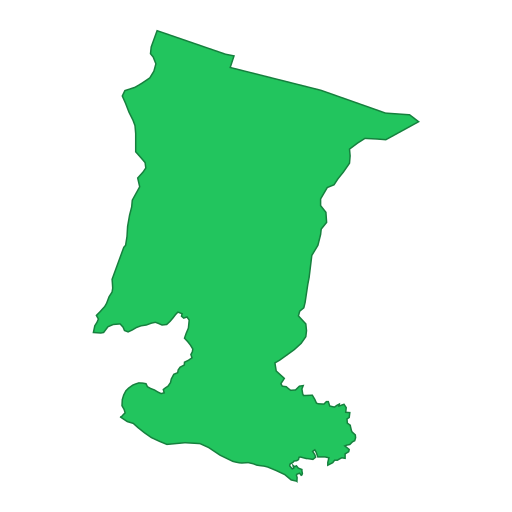 Jasin, Melaka, Malaysia
{"feature_id": "92858781B12493975333595", "entity_name": "Jasin", "entity_type": "district", "adm_level": 2, "iso_a3": "MYS", "parent_name": "Malaysia", "parent_adm1": "Melaka", "projection": "orthographic", "projection_center": [102.436, 2.295], "detail": "fine", "context": "isolated", "style": "filled", "palette": "green", "viewbox_px": 512, "rotation_deg": 0, "n_neighbors": 0, "source": "geoboundaries", "source_scale": "gbopen_adm2", "svg_char_len": 3423}
<svg xmlns="http://www.w3.org/2000/svg" viewBox="0 0 512 512"><path d="M157.1,30.7L151.2,47.0L150.5,53.7L153.2,57.0L155.9,63.8L153.9,71.2L149.8,77.9L141.8,83.3L135.0,87.3L124.9,90.6L122.3,96.0L125.6,103.4L129.0,112.2L133.0,120.2L135.0,125.6L135.7,133.7L135.7,144.4L135.7,151.8L141.1,157.9L145.1,162.6L145.8,168.0L143.1,172.0L137.7,178.0L139.7,186.8L132.3,200.2L131.7,206.9L129.6,215.0L127.6,226.4L127.0,236.5L125.6,245.3L123.8,247.3L112.1,279.3L112.4,283.2L112.7,288.1L112.1,292.0L109.1,296.7L106.6,303.3L104.7,306.6L102.2,309.3L100.0,311.8L96.4,315.4L98.4,319.0L97.0,322.3L94.8,325.8L93.4,332.5L100.8,333.0L103.6,332.5L108.0,326.7L113.2,324.5L116.5,324.2L120.1,323.9L123.1,327.2L124.5,330.5L128.1,331.9L132.2,330.0L136.4,327.5L141.0,325.8L146.3,325.0L151.5,323.1L155.4,322.3L158.4,323.4L162.0,325.0L166.7,324.5L170.2,321.2L173.0,317.9L175.5,314.6L177.9,312.1L182.1,313.7L181.5,316.2L183.7,318.1L187.0,317.0L189.2,320.1L188.4,328.1L186.2,333.3L184.5,338.2L187.6,341.5L190.3,344.9L192.8,349.0L192.3,352.0L190.9,354.5L192.0,357.8L188.4,360.3L184.5,362.2L184.3,365.0L180.1,367.2L178.2,369.9L177.7,372.7L173.8,374.3L171.3,379.0L170.5,382.6L168.0,386.2L165.5,387.8L163.3,389.5L164.2,392.8L161.1,393.6L157.6,391.9L154.5,390.0L150.4,388.4L147.4,386.7L146.0,383.7L142.7,383.1L138.8,382.9L135.5,384.0L132.8,385.1L128.6,388.1L125.9,390.8L123.7,395.0L122.3,399.6L122.0,405.7L124.2,409.6L125.1,412.9L123.4,414.5L121.2,417.0L120.1,416.8L127.3,421.6L133.3,423.4L138.1,427.7L144.5,432.8L151.4,437.6L159.6,441.4L166.9,444.4L175.5,443.6L185.0,442.7L191.9,443.1L200.0,443.6L208.6,447.5L220.1,455.2L232.9,461.4L235.8,462.1L239.3,462.8L241.8,463.0L244.7,462.8L248.3,462.6L253.4,463.8L256.7,465.1L259.9,465.6L264.1,466.1L267.7,467.0L276.1,470.5L284.8,474.6L291.1,479.9L296.8,481.2L296.9,481.3L297.1,477.6L296.4,475.1L297.1,474.1L299.6,473.2L301.2,475.3L301.9,474.9L302.4,473.5L301.9,470.9L301.9,469.5L300.3,468.9L298.3,468.1L296.4,465.8L294.6,466.7L293.0,465.4L293.7,468.2L292.2,468.9L289.7,465.9L289.9,464.2L292.9,462.4L294.1,461.0L296.7,460.7L298.5,459.6L299.0,457.3L300.4,457.0L306.5,458.6L307.9,458.6L312.9,459.4L315.6,457.2L314.8,454.7L312.6,451.4L314.8,449.8L316.2,452.3L317.8,456.9L325.0,456.9L328.9,457.8L327.8,462.4L327.8,465.2L332.7,462.7L334.6,460.2L337.4,460.2L339.6,458.9L341.8,457.8L345.1,458.3L345.1,457.5L345.1,453.9L348.7,451.7L349.2,449.5L344.8,445.9L346.8,445.1L349.8,444.5L352.5,441.8L354.7,440.7L355.6,437.7L355.3,434.9L352.0,431.9L351.4,430.5L350.3,425.8L350.3,425.3L347.3,423.1L347.0,418.9L349.2,417.5L349.8,412.6L345.7,412.3L346.2,407.6L344.0,404.3L339.0,406.0L339.3,404.1L336.8,405.4L334.4,407.1L329.7,406.0L328.3,401.6L326.4,401.6L323.9,404.1L318.4,403.8L316.5,403.2L314.8,399.4L312.3,395.2L305.7,395.5L303.5,395.5L302.7,393.9L301.9,388.9L303.2,385.6L299.4,386.2L295.5,390.0L290.6,390.3L288.4,388.6L286.2,386.7L282.3,386.2L280.9,383.7L284.3,378.4L276.2,371.0L274.9,362.9L279.6,360.2L291.7,351.5L294.4,349.5L301.1,343.4L305.8,336.7L306.5,330.7L305.8,323.9L298.4,315.9L299.7,311.2L303.8,307.8L305.1,302.4L306.5,293.0L307.8,284.3L309.1,277.5L311.8,255.4L317.9,245.3L320.6,234.5L321.2,229.1L326.6,222.4L325.9,212.3L320.6,205.6L320.6,198.9L327.3,187.5L334.0,184.8L338.0,178.7L343.4,172.0L349.5,163.2L350.1,155.9L349.5,149.1L357.5,143.1L364.9,138.4L377.0,139.0L385.8,139.7L418.6,121.7L409.6,114.8L385.5,113.1L320.9,90.3L230.2,67.5L234.0,55.9L225.4,54.2L157.1,30.7Z" fill="#22c55e" stroke="#15803d" stroke-width="1.5"/></svg>